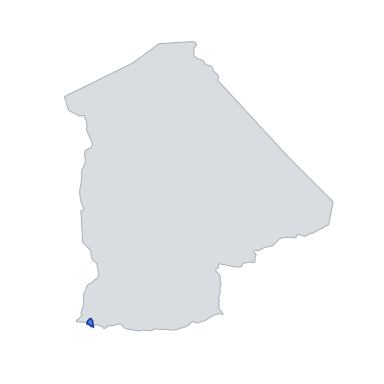 Algeria, with Annaba highlighted, rotated 189°
{"feature_id": "DZA-2163", "entity_name": "Annaba", "entity_type": "Province", "adm_level": 1, "iso_a3": "DZA", "parent_name": "Algeria", "parent_adm1": "", "projection": "natural_earth1", "projection_center": [7.527, 36.848], "detail": "fine", "context": "in_parent", "style": "filled", "palette": "blue", "viewbox_px": 384, "rotation_deg": 189, "n_neighbors": 0, "source": "natural_earth", "source_scale": "10m", "svg_char_len": 4430}
<svg xmlns="http://www.w3.org/2000/svg" viewBox="0 0 384 384"><g transform="rotate(189 192 192)"><path d="M285.7,45.8L286.0,46.7L286.0,47.5L284.8,48.2L284.0,48.7L283.0,50.8L281.2,52.2L280.9,52.7L280.9,53.0L282.1,53.7L282.5,54.3L282.7,55.1L282.2,58.1L281.4,63.3L281.4,64.4L281.9,65.8L282.3,66.8L282.5,68.0L282.3,71.0L282.9,72.7L283.4,74.2L282.3,76.2L281.8,77.9L281.5,80.4L281.4,81.9L280.7,83.4L279.8,84.7L278.8,85.6L277.5,86.3L276.0,87.3L274.8,89.8L272.2,91.9L271.7,92.7L271.4,94.4L271.5,96.7L272.0,98.6L273.2,101.4L274.3,104.5L274.6,106.0L275.0,106.6L276.5,107.6L279.2,109.0L279.7,109.5L281.0,111.6L282.3,115.4L282.7,117.9L287.4,121.8L291.9,125.1L292.2,125.7L294.7,137.2L295.6,141.2L298.8,156.0L297.4,156.8L295.9,157.9L297.0,159.9L299.2,163.1L300.4,165.7L300.9,166.9L301.9,170.1L302.7,173.3L302.9,174.3L303.2,176.7L302.9,183.4L303.5,191.9L304.4,196.2L303.1,200.0L302.1,203.7L302.2,205.5L302.8,208.4L303.4,210.5L304.1,211.6L304.0,215.2L303.7,216.5L301.3,218.3L298.7,220.1L298.0,221.5L297.8,223.1L298.1,224.4L305.7,236.5L306.0,237.7L306.1,241.1L307.4,245.4L308.8,247.3L309.3,248.7L310.2,249.7L311.2,250.4L311.8,250.5L315.2,249.4L321.0,251.3L326.5,253.3L326.9,253.6L330.1,260.2L332.9,266.3L271.2,309.8L264.4,316.4L248.4,332.7L247.2,333.4L226.1,338.2L215.1,340.6L214.6,340.7L214.0,340.7L213.5,340.7L212.6,340.3L211.5,339.3L210.7,338.8L210.5,338.1L211.0,337.0L211.5,336.1L211.7,335.4L212.1,334.9L212.6,334.4L212.6,333.8L212.2,332.8L211.9,331.3L211.9,328.7L211.9,327.6L210.9,326.6L209.0,325.5L207.3,324.8L206.5,324.6L204.5,324.2L201.9,323.5L200.9,323.1L199.2,320.7L198.4,320.1L194.4,319.6L193.0,319.2L191.9,318.7L191.0,317.9L190.5,316.6L190.3,315.5L190.0,315.0L185.6,312.4L184.5,311.5L183.9,310.7L183.9,309.5L184.0,308.0L183.8,306.7L183.7,306.0L106.8,245.2L102.7,242.1L93.3,235.0L51.1,204.4L51.9,182.4L52.0,181.3L52.3,180.8L53.7,180.0L55.9,178.2L56.8,177.4L57.8,176.5L61.5,174.0L62.3,173.3L65.9,170.5L66.7,170.0L68.6,169.8L69.4,169.2L70.5,168.1L72.1,166.7L73.2,166.1L73.4,166.0L74.0,165.9L77.3,166.3L78.6,166.6L80.2,166.8L80.7,166.7L81.2,166.3L81.8,165.3L82.0,164.3L82.1,163.3L82.2,162.9L82.5,162.7L83.2,162.8L84.1,162.9L86.1,162.9L86.7,162.7L88.9,162.5L92.0,161.9L96.5,160.5L98.6,158.8L100.2,157.0L101.9,154.4L103.3,152.1L105.9,150.7L108.0,149.8L109.3,149.5L112.1,148.3L116.7,144.7L120.6,144.2L121.1,143.9L121.6,143.3L121.7,142.2L121.0,141.5L120.3,141.1L119.7,140.6L119.2,140.6L118.9,140.1L119.1,139.1L119.2,138.2L119.6,137.4L119.5,136.1L119.0,134.9L118.9,134.0L119.0,133.1L119.2,132.4L120.0,132.0L121.0,131.8L122.2,132.0L124.5,131.7L130.2,129.6L130.6,128.9L131.0,127.5L131.5,126.2L132.1,125.7L132.4,125.6L137.0,124.8L138.0,124.7L146.4,125.1L153.7,125.4L154.4,125.1L154.4,124.2L154.0,122.4L154.3,121.3L155.3,120.3L156.7,119.2L156.1,117.8L155.1,116.9L153.7,115.8L152.9,115.3L151.6,114.0L150.9,112.4L150.4,109.2L149.5,107.4L148.8,105.2L149.5,101.1L148.6,98.6L148.5,97.6L148.6,96.3L148.9,94.1L148.8,91.1L147.8,87.9L148.3,86.9L148.6,86.3L148.5,85.8L147.5,84.8L147.1,84.0L147.3,83.2L147.9,82.1L147.9,81.6L146.2,80.3L143.5,78.0L142.8,77.1L142.4,75.9L145.1,76.2L146.5,76.0L149.7,74.6L152.3,72.6L154.3,71.6L156.0,69.4L157.6,68.1L159.9,66.6L166.5,63.4L167.5,63.4L169.6,64.1L171.5,63.9L172.8,62.8L174.3,60.1L176.4,58.5L179.1,56.9L182.8,55.3L185.2,53.9L189.0,52.6L198.5,51.9L203.4,51.2L206.7,51.3L210.1,49.0L211.8,48.3L219.0,48.1L222.4,46.5L235.3,46.5L236.9,47.0L238.5,47.9L241.1,50.1L242.4,50.5L244.1,50.1L248.1,48.1L252.6,47.0L255.0,45.8L256.1,44.0L258.1,43.4L259.3,44.7L264.0,46.1L266.8,45.7L268.1,45.3L267.6,43.3L270.6,43.8L272.9,44.8L275.4,46.7L276.9,47.1L279.8,46.2L285.7,45.8Z" fill="#d9dde1" stroke="#a8b0b8" stroke-width="1"/><path d="M268.4,43.5L268.5,43.6L268.8,43.4L269.0,43.5L269.3,43.6L269.5,43.6L269.8,43.4L270.0,43.4L270.0,43.5L270.2,43.8L270.4,44.0L270.7,44.0L270.8,44.0L271.1,43.9L271.4,43.9L271.8,44.2L272.2,44.6L272.7,45.0L273.3,45.1L273.5,45.0L273.8,45.0L274.0,45.1L274.3,45.4L274.9,45.3L275.1,45.3L275.3,45.0L275.4,44.9L275.3,45.2L275.2,45.6L275.1,45.9L275.3,46.1L275.1,46.6L274.9,46.7L274.9,46.8L274.9,48.3L274.8,48.5L274.5,48.7L274.3,48.8L274.0,49.5L273.7,49.9L273.5,50.3L273.2,50.7L273.1,50.8L273.0,51.0L272.9,51.0L272.7,51.1L272.3,51.1L272.1,51.1L271.9,51.1L271.5,50.9L271.3,50.8L271.2,50.7L271.1,50.2L271.0,49.9L270.9,49.8L270.0,49.3L269.8,48.2L269.6,47.5L269.6,47.3L269.6,47.1L269.7,46.9L269.7,46.7L269.5,46.4L269.1,46.2L269.0,45.9L268.4,43.6L268.4,43.5Z" fill="#3b82f6" stroke="#1e3a8a" stroke-width="1.5"/></g></svg>